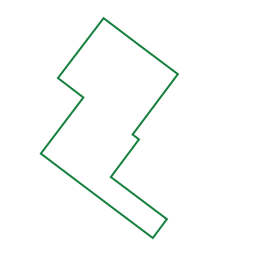 Renville, North Dakota, United States of America (orthographic projection), rotated 37°
{"feature_id": "52423323B29134210824643", "entity_name": "Renville", "entity_type": "district", "adm_level": 2, "iso_a3": "USA", "parent_name": "United States of America", "parent_adm1": "North Dakota", "projection": "orthographic", "projection_center": [-101.622, 48.729], "detail": "fine", "context": "isolated", "style": "outline", "palette": "green", "viewbox_px": 256, "rotation_deg": 37, "n_neighbors": 0, "source": "geoboundaries", "source_scale": "gbopen_adm2", "svg_char_len": 346}
<svg xmlns="http://www.w3.org/2000/svg" viewBox="0 0 256 256"><g transform="rotate(37 128 128)"><path d="M42.1,106.8L42.0,130.3L74.0,130.5L73.8,200.9L120.4,201.0L167.2,201.0L214.0,200.9L213.9,177.4L143.8,177.5L143.6,130.5L135.6,130.5L135.4,55.0L135.2,55.0L88.7,55.1L42.4,55.0L42.1,106.8Z" fill="none" stroke="#15803d" stroke-width="2"/></g></svg>